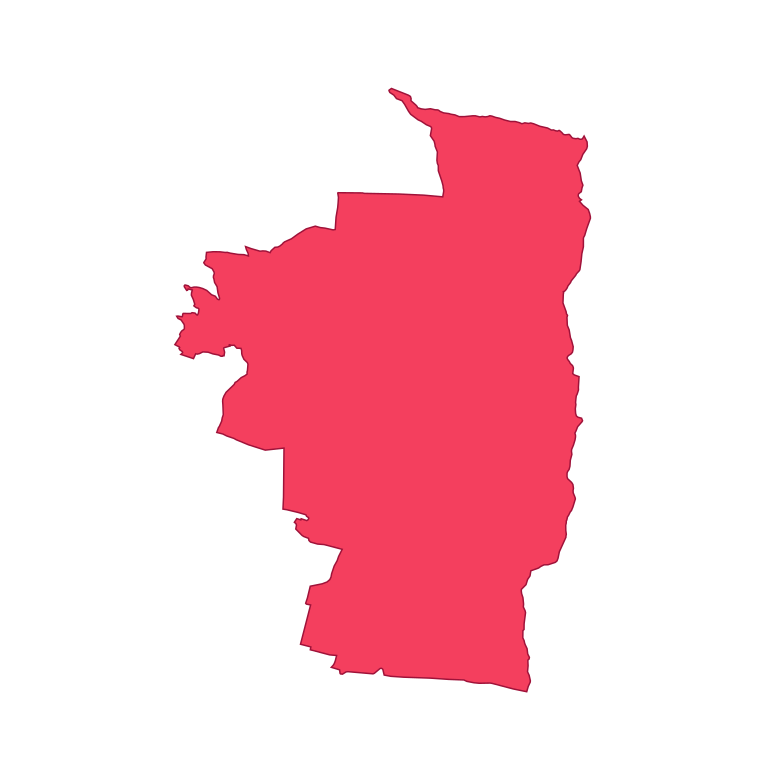 Corbita, Vrancea, Romania (Equal Earth projection), rotated 195°
{"feature_id": "2599482B59381680661249", "entity_name": "Corbita", "entity_type": "district", "adm_level": 2, "iso_a3": "ROU", "parent_name": "Romania", "parent_adm1": "Vrancea", "projection": "equal_earth", "projection_center": [27.314, 46.152], "detail": "fine", "context": "isolated", "style": "filled", "palette": "rose", "viewbox_px": 768, "rotation_deg": 195, "n_neighbors": 0, "source": "geoboundaries", "source_scale": "gbopen_adm2", "svg_char_len": 6163}
<svg xmlns="http://www.w3.org/2000/svg" viewBox="0 0 768 768"><g transform="rotate(195 384 384)"><path d="M254.9,675.3L255.8,672.2L256.8,671.5L258.1,671.1L260.2,671.5L262.1,670.6L264.9,670.3L266.2,670.6L268.8,672.6L269.8,673.0L273.4,671.6L275.2,671.5L277.3,672.9L280.1,674.3L281.0,674.0L281.8,673.2L284.0,673.0L286.0,673.3L288.0,672.6L292.2,673.6L300.2,673.3L306.8,674.1L309.8,674.1L311.9,673.1L315.6,672.7L317.4,671.5L318.5,671.1L320.7,671.5L325.3,671.5L329.7,670.3L335.8,670.2L341.0,670.6L345.2,670.4L349.1,670.7L351.2,670.5L353.0,669.2L355.4,668.2L358.3,667.9L360.5,666.8L365.2,666.7L367.5,666.1L375.5,663.1L380.6,661.7L385.1,662.3L389.4,661.9L391.3,662.0L396.6,661.3L400.3,661.8L402.2,662.6L403.3,662.6L405.6,662.1L410.4,661.9L415.3,659.9L419.2,659.4L423.1,659.6L423.8,660.6L425.4,661.7L430.5,664.2L431.3,664.7L431.7,666.7L432.9,668.6L435.1,669.3L453.3,671.4L455.2,669.1L455.1,668.6L453.8,667.1L449.3,665.6L445.8,662.9L439.9,662.3L436.5,659.5L430.9,653.8L428.0,651.4L419.5,648.0L416.0,647.4L410.2,645.4L405.8,644.8L404.6,644.1L404.1,642.9L403.5,635.9L398.4,631.5L396.8,628.6L396.1,626.8L392.5,622.0L390.8,613.8L389.5,610.8L388.1,609.1L386.7,604.0L380.7,595.0L378.3,590.8L377.5,588.6L376.6,587.0L376.2,585.4L375.7,580.0L394.5,576.7L419.0,571.3L452.5,563.0L454.2,563.0L477.8,556.9L478.1,556.5L476.3,552.5L475.2,547.1L474.4,542.5L473.5,532.8L471.1,520.6L473.0,519.7L481.3,519.3L486.1,518.6L491.2,518.7L499.3,513.7L506.0,506.5L511.0,500.3L516.6,495.8L517.8,494.3L518.4,492.9L520.4,490.2L522.2,488.7L524.8,487.8L527.5,483.6L528.0,481.4L532.5,481.8L535.5,481.2L538.1,480.2L547.5,480.4L553.3,480.9L551.7,478.2L549.1,475.1L548.1,472.6L552.7,472.7L558.5,471.4L566.4,470.6L569.5,470.6L571.3,470.0L576.7,469.2L583.1,467.6L589.5,465.2L588.8,460.6L588.2,458.9L589.5,454.7L589.4,454.4L587.3,452.7L579.8,450.9L577.1,448.1L576.5,446.6L576.7,444.3L576.3,442.6L575.5,441.5L573.9,438.2L570.4,434.8L568.0,429.1L565.0,424.3L564.9,423.0L565.3,422.7L566.8,422.8L569.6,425.1L573.7,425.6L579.4,428.5L583.7,429.3L587.5,429.4L590.1,429.1L592.5,428.5L595.1,427.1L596.4,427.1L598.5,428.2L601.1,428.2L601.9,428.1L602.4,427.1L602.0,426.2L598.8,423.3L598.0,423.8L597.8,425.1L593.5,425.2L593.5,422.2L593.1,420.0L590.0,416.2L587.4,412.0L587.4,411.7L587.9,410.6L587.8,410.2L585.0,409.1L583.1,409.1L582.3,408.6L582.0,407.9L581.6,404.3L582.0,402.4L582.8,402.3L584.9,403.6L587.9,403.2L588.9,402.1L596.2,400.2L596.5,399.4L596.2,397.2L596.4,396.7L600.6,396.3L601.8,395.8L599.9,394.0L596.5,393.3L592.7,390.0L592.1,389.1L591.2,386.0L591.4,384.9L592.9,383.2L593.7,381.4L594.2,379.0L593.1,377.5L596.2,367.9L591.3,366.8L590.8,366.3L591.2,365.4L590.2,364.2L587.2,363.1L586.6,362.1L587.9,360.0L574.6,359.2L573.7,364.5L572.2,364.5L570.1,365.6L567.3,368.1L562.1,369.2L557.1,368.8L551.3,369.2L548.7,368.6L547.0,369.1L546.9,369.7L545.8,369.9L546.2,373.5L548.1,376.9L548.0,377.6L542.4,380.9L542.8,381.5L543.6,381.7L543.5,381.9L541.2,381.9L538.7,382.7L535.4,380.5L531.4,381.4L530.2,379.5L529.2,376.3L528.2,374.6L525.7,371.6L521.5,369.3L520.5,367.8L519.4,361.7L519.4,360.1L518.8,358.2L520.4,356.1L523.6,353.2L526.7,348.4L528.2,347.0L528.6,344.8L534.4,335.1L535.5,330.9L535.8,327.6L535.4,325.5L534.2,322.1L531.3,312.7L531.5,309.5L531.2,306.1L532.1,300.3L532.6,299.2L533.0,293.9L526.8,294.0L522.4,293.1L514.9,292.6L512.2,291.9L499.1,290.2L481.6,289.4L464.0,296.2L451.8,248.8L449.2,237.0L445.5,237.4L433.7,237.7L426.5,237.5L425.4,237.3L424.6,236.2L422.3,235.4L421.9,234.6L422.3,233.1L423.2,232.1L429.2,232.4L429.2,231.2L433.4,231.4L434.8,227.2L433.0,226.4L432.0,225.0L431.7,221.1L423.9,216.5L422.0,215.9L417.0,215.4L416.0,213.4L414.1,212.3L406.8,212.2L400.3,213.4L381.6,213.5L383.2,205.8L383.5,201.3L385.0,195.3L385.5,187.1L385.2,183.9L385.7,181.1L387.8,178.0L392.0,175.0L402.9,169.6L402.6,157.5L402.9,151.9L402.0,151.3L397.7,151.6L397.3,111.0L386.6,111.1L386.4,108.2L366.3,108.3L359.5,109.5L359.4,103.9L359.7,101.1L360.3,99.1L361.6,96.7L352.9,96.4L351.6,93.2L351.0,92.7L349.0,93.0L346.1,96.1L344.4,96.8L319.6,101.2L318.4,102.1L314.2,108.1L313.4,108.6L312.5,108.7L311.3,108.1L308.5,102.9L301.8,103.4L289.1,105.9L263.1,111.9L245.2,115.4L230.2,118.8L227.1,118.2L219.8,118.7L214.5,119.6L204.1,122.6L202.0,122.8L180.2,122.9L166.5,123.7L166.4,129.2L165.6,133.8L165.8,135.2L168.4,140.2L170.9,143.2L171.9,149.1L173.5,154.2L173.4,154.8L172.7,155.9L172.8,157.6L175.3,160.4L177.3,165.4L180.1,168.7L181.1,170.1L182.2,172.3L184.2,174.7L186.0,181.8L185.2,183.1L186.6,188.6L188.1,199.8L189.1,201.6L191.7,204.7L192.2,207.5L194.5,213.6L196.8,217.1L197.9,219.8L198.1,221.3L194.9,226.9L194.7,232.4L193.3,236.4L193.8,241.6L187.0,246.3L185.4,248.3L182.7,250.7L178.7,251.9L172.3,256.1L171.1,257.9L170.8,260.7L171.2,267.4L168.6,283.1L168.9,284.1L169.0,286.0L170.5,289.6L171.9,294.6L172.0,296.9L172.5,299.0L172.2,300.0L172.4,303.2L171.8,304.6L171.0,308.6L170.2,310.2L169.7,314.1L169.4,322.5L170.1,323.9L173.1,327.9L173.8,330.1L174.0,332.3L175.5,335.8L177.2,337.4L182.2,340.1L183.3,342.1L184.1,345.3L184.0,346.9L183.1,349.3L183.1,352.7L184.3,358.6L184.3,364.6L185.6,367.8L185.8,369.6L185.2,373.9L185.0,379.4L185.3,382.4L185.8,384.2L186.9,386.0L186.4,388.3L185.9,392.9L183.0,398.7L182.7,399.9L184.3,402.1L188.0,402.1L189.9,402.9L191.3,405.2L192.8,409.6L193.3,413.7L194.2,415.8L194.8,419.4L195.2,422.3L194.8,424.1L194.6,428.6L195.4,431.2L197.5,441.6L202.5,442.0L204.4,442.9L205.1,448.1L205.5,449.1L206.7,450.6L209.3,452.0L210.9,453.7L213.1,455.4L213.9,456.5L213.8,457.8L213.2,459.2L211.0,461.6L210.2,463.5L210.3,465.8L210.9,469.0L214.1,474.6L215.9,477.0L219.1,484.1L222.1,488.1L224.5,495.7L224.5,497.8L225.9,499.0L226.8,501.0L232.1,508.6L234.1,517.4L234.1,518.7L234.7,519.4L233.5,520.5L232.7,522.0L232.0,524.0L231.7,526.4L230.1,530.2L229.8,532.2L227.0,538.5L226.6,540.3L224.6,544.1L224.4,545.3L225.3,553.1L226.6,561.0L226.9,568.1L229.1,576.4L229.1,577.4L228.6,579.4L228.4,586.6L227.5,597.5L228.0,599.1L229.6,602.1L231.9,605.4L238.2,608.2L242.5,611.1L240.9,613.0L243.2,613.9L244.9,615.6L245.1,616.2L245.3,616.9L245.2,618.2L243.2,620.8L243.5,624.8L243.3,627.5L246.0,631.4L249.1,638.5L254.0,645.2L253.1,649.2L252.0,651.6L251.4,657.2L249.1,663.7L249.1,666.3L250.5,670.4L254.9,675.3Z" fill="#f43f5e" stroke="#9f1239" stroke-width="1.5"/></g></svg>